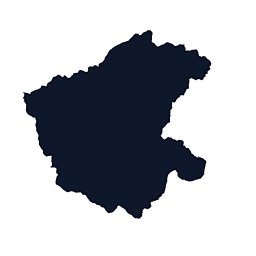 outline of Mae La Noi, Mae Hong Son, Thailand, rotated 347°
{"feature_id": "78962969B46384371201306", "entity_name": "Mae La Noi", "entity_type": "district", "adm_level": 2, "iso_a3": "THA", "parent_name": "Thailand", "parent_adm1": "Mae Hong Son", "projection": "orthographic", "projection_center": [98.067, 18.465], "detail": "fine", "context": "isolated", "style": "filled", "palette": "ink", "viewbox_px": 256, "rotation_deg": 347, "n_neighbors": 0, "source": "geoboundaries", "source_scale": "gbopen_adm2", "svg_char_len": 5842}
<svg xmlns="http://www.w3.org/2000/svg" viewBox="0 0 256 256"><g transform="rotate(347 128 128)"><path d="M35.1,70.9L35.4,71.5L34.6,74.1L33.2,75.3L34.2,76.1L33.9,77.7L33.4,78.3L34.3,79.2L33.9,79.8L35.0,81.8L34.2,84.3L34.1,85.5L33.2,87.9L33.4,90.0L34.7,92.3L37.2,94.3L38.6,96.0L40.1,96.0L40.8,96.6L40.6,98.1L40.9,99.8L40.9,101.0L39.2,104.3L39.1,105.3L39.5,107.4L38.8,109.3L38.9,110.6L40.1,114.9L38.6,118.4L39.0,120.5L38.3,124.2L39.7,128.6L41.1,131.1L40.3,132.8L40.4,133.7L41.8,136.2L42.4,136.7L44.5,136.5L45.9,137.0L48.2,136.7L48.4,136.9L47.7,139.5L47.2,140.6L47.2,142.3L46.5,143.1L46.8,144.8L46.7,146.1L46.1,147.7L45.0,148.6L48.0,149.2L49.7,150.6L49.9,152.7L49.2,153.6L48.8,155.1L49.2,156.2L50.0,157.3L50.3,158.2L50.2,158.6L48.8,159.2L48.1,159.9L47.2,161.6L47.0,162.6L46.1,163.8L45.8,166.3L48.1,168.2L49.8,170.1L51.3,172.7L54.1,175.7L55.4,176.4L58.4,175.9L60.8,177.0L62.9,178.6L67.4,179.2L68.4,179.9L69.3,182.1L69.8,182.4L71.8,182.8L72.4,183.7L73.7,187.4L74.4,188.6L74.4,189.3L75.5,190.5L75.5,191.1L76.6,191.6L77.2,192.6L79.3,193.1L80.5,195.0L83.6,196.5L85.1,198.8L86.3,198.9L87.6,200.6L88.5,203.2L90.1,205.8L92.6,206.0L94.3,205.8L98.5,203.0L100.0,201.0L101.4,200.5L102.8,201.3L103.2,202.0L104.1,202.5L105.1,204.0L106.1,204.7L107.2,205.9L108.1,207.3L108.5,209.0L109.4,210.6L110.9,212.0L112.6,213.1L113.2,214.6L114.6,216.5L115.5,217.1L116.9,217.1L118.1,218.1L118.7,217.4L119.3,217.7L119.2,217.2L120.0,216.7L120.8,217.0L121.5,216.0L121.7,215.5L121.3,215.3L121.6,213.6L122.6,213.5L122.3,212.6L122.5,211.9L123.1,211.7L123.1,210.9L123.6,209.8L124.4,210.2L124.8,209.5L125.6,209.2L127.3,209.7L129.0,210.8L129.8,210.4L130.9,210.4L132.5,209.1L132.2,205.6L132.5,205.1L132.9,205.3L133.5,204.7L134.9,204.3L135.5,204.6L136.3,203.5L137.1,204.3L138.3,204.2L138.5,203.5L139.4,204.0L140.3,203.6L140.8,204.0L140.9,203.7L141.3,203.7L142.5,201.5L143.3,202.1L143.7,201.6L144.2,201.4L144.3,201.0L145.0,201.1L144.8,200.6L145.0,200.2L145.7,199.8L145.8,199.4L147.0,199.3L146.9,198.9L147.5,198.5L148.0,198.8L148.4,198.6L148.6,197.6L149.4,197.0L149.7,195.5L150.0,195.4L149.7,194.5L150.4,194.5L151.0,193.5L150.9,192.8L153.7,188.1L154.3,185.1L154.8,184.5L154.9,183.7L155.5,183.4L155.5,182.7L156.3,181.9L158.8,180.3L160.1,179.7L164.3,178.6L165.3,179.0L166.7,182.3L167.2,182.8L167.2,183.3L166.5,184.4L166.3,185.8L167.4,187.8L168.1,188.2L169.3,189.8L172.0,190.5L173.1,191.9L174.4,192.1L175.3,193.0L178.3,193.5L183.9,192.8L184.8,193.1L186.0,192.4L186.7,192.9L186.9,192.5L187.7,192.6L188.0,192.0L188.5,192.0L189.0,191.4L189.4,191.3L190.1,190.7L190.3,190.1L191.2,189.8L191.5,187.6L192.1,187.2L192.0,186.6L194.3,181.8L194.6,180.5L195.0,180.3L195.0,179.6L195.8,179.2L195.9,178.6L195.6,178.6L195.5,178.3L195.8,177.6L195.0,176.9L194.9,176.6L194.2,176.3L194.0,176.1L194.2,175.6L193.5,175.2L193.5,174.8L192.8,174.6L192.1,174.8L192.0,174.1L191.4,174.0L191.4,173.6L190.7,173.8L190.4,173.0L190.2,173.4L189.7,173.5L189.4,173.2L188.4,173.1L187.7,172.8L187.7,172.2L187.3,171.6L186.6,171.3L185.8,171.4L186.0,170.6L185.4,170.3L185.2,169.2L184.5,168.9L184.6,168.6L184.4,168.2L183.5,167.7L183.1,164.7L182.4,163.5L181.9,161.8L181.2,161.4L179.5,161.4L178.8,160.4L179.2,159.6L178.9,158.9L178.5,158.5L176.7,158.0L176.7,157.3L177.4,156.6L178.4,154.5L178.1,153.2L176.3,152.2L174.5,151.7L173.6,152.2L171.9,151.8L170.5,150.1L169.5,150.2L168.8,149.9L167.8,147.8L165.8,147.3L165.0,146.6L164.5,146.7L163.8,147.4L163.1,147.4L161.0,148.3L160.5,148.1L158.9,146.5L158.3,144.8L157.0,143.1L159.5,140.3L160.3,138.3L160.5,136.2L164.4,133.9L167.2,131.6L169.4,131.2L169.8,130.9L169.8,129.4L170.3,128.8L170.3,127.3L171.6,125.2L171.4,123.7L172.3,121.8L172.5,119.9L174.1,118.9L175.1,117.6L175.0,115.9L175.3,114.7L175.8,114.4L175.5,113.6L176.6,112.1L177.2,111.9L178.1,112.2L179.0,112.9L179.8,112.2L180.3,112.1L180.4,111.5L180.2,111.1L181.0,110.9L181.1,110.6L183.3,109.2L184.6,109.0L186.2,107.2L188.1,107.3L188.9,107.9L189.4,107.9L189.9,107.4L190.5,106.0L191.6,105.4L192.0,104.2L192.8,103.9L192.9,102.6L194.1,102.3L195.2,102.6L195.8,102.5L195.9,100.5L197.7,95.8L197.9,94.1L197.6,93.8L197.6,93.2L198.4,92.9L199.9,93.3L201.7,92.6L202.3,93.1L202.7,94.2L204.4,95.2L204.9,95.9L208.0,95.3L208.5,95.5L210.5,97.2L211.0,97.2L212.0,96.7L212.4,95.3L214.4,94.7L214.7,94.1L214.6,93.3L215.4,92.3L217.3,92.2L217.3,91.4L218.0,89.8L220.2,89.2L220.7,88.8L220.8,88.1L220.3,87.1L220.5,86.1L221.2,85.5L222.3,85.1L222.8,83.7L222.7,82.4L221.7,80.4L220.1,78.9L218.9,76.3L217.3,75.5L216.1,76.0L215.3,76.0L214.1,74.9L213.0,74.5L212.7,73.8L212.7,69.3L212.1,67.6L211.0,67.3L209.9,67.4L207.8,66.9L206.8,67.3L205.6,67.4L203.2,66.5L200.8,66.6L200.6,66.1L201.3,62.8L200.2,61.8L200.8,60.7L200.9,59.9L199.2,59.7L197.2,58.7L194.9,59.6L192.1,59.4L191.2,58.9L189.9,56.8L188.2,55.7L187.4,55.5L186.9,54.8L185.2,53.9L183.3,54.5L181.9,55.4L180.5,55.1L176.1,56.2L174.3,55.8L173.5,54.4L173.0,54.0L172.8,53.1L171.9,51.6L169.7,50.0L169.7,49.2L170.9,45.8L171.2,43.3L172.1,42.3L172.6,40.8L171.5,38.6L169.4,37.9L168.5,38.5L164.5,39.2L162.0,41.1L159.5,41.0L158.7,39.0L156.3,38.5L154.9,39.3L153.0,40.9L150.3,42.2L149.9,42.8L148.0,43.9L146.5,43.8L144.4,44.3L143.0,44.1L140.6,44.5L139.2,45.1L136.8,45.4L131.5,47.1L129.8,48.2L128.4,48.4L126.1,50.6L124.4,52.8L123.3,53.4L121.8,54.7L121.4,56.1L118.3,58.7L114.7,59.5L114.0,60.7L114.2,62.5L113.7,63.2L112.9,62.9L112.0,61.7L110.3,60.3L109.4,60.1L107.8,61.1L107.1,61.1L105.1,60.2L104.5,60.2L103.2,60.7L103.0,62.3L101.9,64.9L99.1,64.7L97.0,62.9L94.9,61.6L93.8,61.5L92.8,62.3L92.6,63.5L92.4,63.6L87.5,63.2L87.0,64.6L85.4,64.8L84.2,66.2L82.2,66.7L80.3,66.4L79.9,66.2L78.6,63.9L77.8,63.2L76.4,64.8L75.3,65.0L75.0,64.2L72.7,61.5L71.7,61.1L69.9,62.1L66.9,62.3L64.3,65.3L62.9,66.1L61.6,66.2L59.9,67.1L59.6,67.9L59.0,68.5L58.7,69.8L57.2,69.7L55.3,68.6L53.5,68.1L52.1,70.2L50.3,70.4L49.9,70.7L46.5,70.9L42.7,71.7L41.8,72.0L41.3,73.0L40.3,73.7L39.2,73.5L38.1,72.2L35.1,70.9Z" fill="#0f172a" stroke="#020617" stroke-width="1.5"/></g></svg>